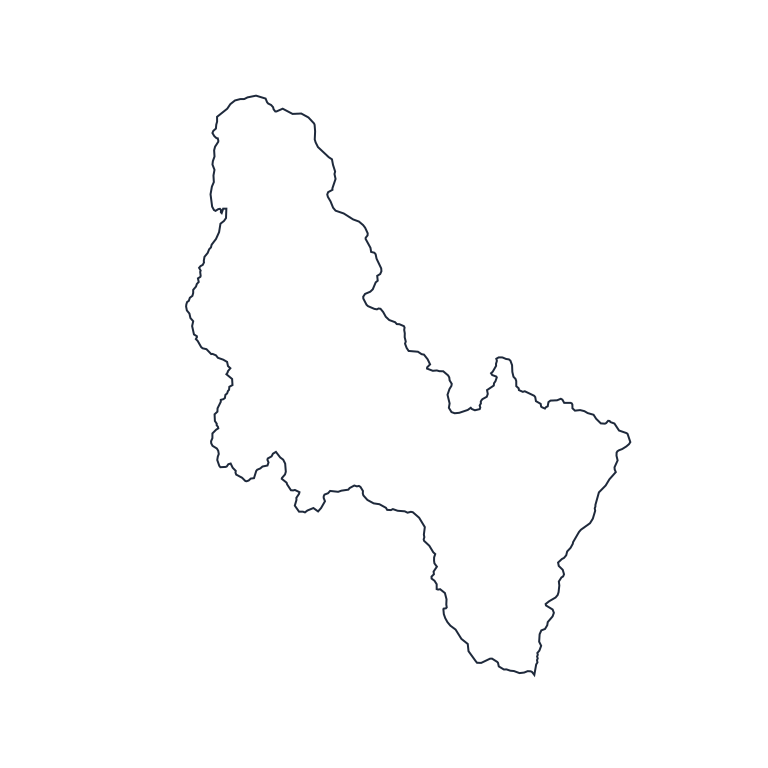 Urubamba, Cusco, Peru, rotated 215°
{"feature_id": "86281439B1367773994122", "entity_name": "Urubamba", "entity_type": "district", "adm_level": 2, "iso_a3": "PER", "parent_name": "Peru", "parent_adm1": "Cusco", "projection": "mercator", "projection_center": [-72.303, -13.268], "detail": "fine", "context": "isolated", "style": "outline", "palette": "slate", "viewbox_px": 768, "rotation_deg": 215, "n_neighbors": 0, "source": "geoboundaries", "source_scale": "gbopen_adm2", "svg_char_len": 6137}
<svg xmlns="http://www.w3.org/2000/svg" viewBox="0 0 768 768"><g transform="rotate(215 384 384)"><path d="M644.7,549.9L654.2,546.8L660.2,540.5L661.9,537.3L665.2,534.9L668.7,530.8L670.4,525.1L670.3,519.6L674.0,507.1L671.2,503.2L670.2,500.3L668.2,496.8L669.0,493.5L668.5,491.2L665.2,489.7L662.2,489.3L661.1,489.9L659.2,488.2L658.7,487.3L658.5,481.5L657.2,478.0L653.3,473.1L652.0,468.4L650.4,465.4L645.7,462.2L643.3,457.0L639.2,451.8L638.2,447.0L634.9,439.9L626.5,430.7L623.1,429.0L621.3,429.2L620.1,432.1L618.9,433.4L617.4,433.1L616.1,431.1L615.0,430.9L616.3,435.4L613.7,437.2L608.6,429.3L608.6,425.8L609.9,421.5L606.2,413.8L604.8,406.4L605.1,399.3L604.1,396.6L604.5,394.1L603.6,390.2L604.0,385.2L602.2,381.4L601.2,380.4L600.8,377.6L601.9,375.4L602.1,373.1L599.2,371.7L598.9,370.4L596.2,367.4L595.9,366.4L597.0,363.8L594.3,361.3L594.7,358.6L593.9,356.0L594.3,351.7L592.5,349.1L591.5,346.3L592.5,343.3L591.6,340.2L592.3,338.2L591.6,335.9L590.6,334.0L587.7,331.2L583.8,330.1L580.4,327.0L576.3,326.0L574.4,321.4L568.1,315.6L564.7,315.8L564.1,315.1L563.9,312.9L561.3,312.4L555.0,309.4L553.1,309.2L549.4,310.7L542.7,309.4L541.7,310.3L538.1,311.1L535.1,310.2L529.7,311.7L525.2,312.1L522.1,309.2L518.9,308.8L519.2,304.8L518.7,303.8L518.7,301.6L511.3,301.0L507.5,296.2L509.1,293.0L507.6,290.4L507.8,288.7L507.1,286.3L507.7,284.2L506.3,281.2L506.9,279.4L508.6,277.4L507.5,275.8L506.4,268.6L504.6,265.8L505.4,262.0L501.3,256.7L498.2,255.5L497.5,254.3L495.5,253.7L494.3,252.6L495.3,250.3L496.2,245.1L493.5,241.2L492.8,237.9L491.5,236.3L489.0,235.0L483.9,235.3L481.5,234.2L479.2,231.9L478.5,229.2L477.0,226.1L472.0,222.5L470.3,222.0L466.1,225.3L465.5,226.3L465.5,229.0L464.0,230.9L459.9,228.6L455.6,227.8L454.8,226.2L453.1,225.0L446.4,225.8L441.9,225.0L440.8,225.5L439.5,227.3L438.9,230.1L436.5,232.3L438.8,239.5L438.7,241.0L436.9,243.9L436.2,246.7L432.7,250.4L433.6,253.5L436.0,255.0L436.5,256.3L434.6,260.2L435.0,263.2L433.6,266.4L426.9,264.3L423.2,264.2L419.3,262.1L414.1,255.8L413.2,253.1L413.7,248.6L413.4,247.7L407.2,247.3L405.8,246.2L399.3,243.6L397.4,244.7L396.2,246.1L391.2,246.9L390.6,245.3L390.5,240.5L389.2,238.8L387.3,233.2L380.4,230.7L377.2,232.9L375.1,233.5L374.2,236.4L370.7,241.9L364.9,241.8L364.4,246.3L365.1,254.1L368.1,256.1L369.0,257.5L369.3,259.3L367.2,262.4L366.8,265.5L359.7,269.4L357.7,272.2L352.6,277.0L352.5,279.0L350.1,283.8L347.5,284.6L346.1,286.1L344.3,286.2L339.9,284.3L338.6,282.2L337.0,280.9L331.1,279.5L324.0,280.3L318.8,282.9L311.4,283.7L309.2,282.7L306.0,284.7L305.0,286.6L300.1,288.0L294.0,291.6L290.9,292.1L288.7,294.7L286.9,295.5L278.5,294.6L268.5,290.2L264.9,283.4L263.1,281.7L262.4,279.5L261.2,278.5L254.1,277.5L247.1,274.4L244.5,274.1L243.5,270.7L241.6,267.9L239.8,266.0L235.9,264.7L235.8,258.8L234.0,256.8L234.6,253.5L233.4,251.9L229.8,251.8L226.0,250.2L223.2,246.2L221.8,246.6L220.3,248.1L214.2,247.7L209.3,243.5L206.5,239.1L204.5,237.0L204.6,235.8L206.3,234.2L206.2,233.6L203.0,229.8L199.5,227.3L195.4,225.3L191.0,224.1L184.5,223.9L174.4,219.6L166.3,219.1L161.5,213.6L150.0,209.6L147.9,209.0L144.4,211.3L139.6,219.8L138.0,221.0L131.8,221.3L130.7,221.0L128.0,218.5L122.1,218.9L119.9,220.5L116.1,221.6L112.9,223.4L107.2,224.9L103.7,228.0L101.6,231.2L99.0,232.8L97.5,233.0L94.0,231.9L98.5,241.6L98.6,243.9L100.3,245.6L100.7,247.4L102.3,248.6L102.7,250.4L104.1,251.6L103.8,254.7L105.1,259.7L109.1,261.9L113.0,268.3L113.8,272.4L111.6,275.7L111.9,280.0L113.3,282.9L112.6,290.3L113.6,294.0L116.5,296.0L124.3,295.5L125.4,296.5L124.1,300.8L121.0,307.5L120.7,310.7L121.6,313.6L124.8,319.5L127.5,322.5L127.7,327.3L126.9,329.1L127.4,331.4L131.0,334.3L136.5,335.2L139.0,337.6L137.9,342.6L136.8,344.8L136.5,348.2L137.9,351.9L137.2,356.8L137.7,361.4L138.4,362.9L139.4,374.6L139.1,377.6L135.4,388.1L135.7,393.5L138.3,401.3L140.1,403.1L140.5,404.8L141.5,406.3L145.8,418.5L144.2,428.0L144.7,435.2L143.6,444.8L146.0,446.3L147.4,448.0L148.8,455.4L152.4,458.6L154.1,461.2L154.2,462.8L153.5,464.5L151.6,467.3L149.7,471.8L148.8,475.2L148.9,477.7L155.8,482.8L157.1,482.9L164.8,480.7L172.6,483.8L176.6,482.7L178.0,483.1L179.3,482.4L179.6,479.4L180.3,478.2L183.8,476.1L190.3,477.2L194.7,479.0L200.5,477.0L204.3,476.7L208.4,475.1L212.3,471.7L215.7,472.2L217.9,475.2L219.1,475.8L220.3,475.6L225.6,471.9L228.9,473.5L230.7,473.3L232.9,469.9L238.1,465.9L238.9,463.5L237.1,459.6L238.1,457.7L238.1,456.2L241.0,455.6L242.3,455.6L244.3,457.6L249.7,457.1L252.6,460.0L254.2,460.5L264.5,458.8L265.8,457.2L270.0,456.4L271.2,457.7L274.4,458.1L277.4,462.3L279.2,463.6L282.1,464.2L285.8,467.5L289.9,472.9L293.8,475.6L295.8,475.8L298.4,474.5L302.2,473.7L305.3,471.6L306.5,469.1L304.8,467.7L303.8,464.7L302.6,463.2L302.0,456.4L302.5,454.2L300.5,453.4L296.3,454.5L295.4,454.1L294.3,450.2L294.3,447.7L293.2,445.7L296.1,438.1L293.3,435.4L292.5,432.5L294.7,428.0L294.8,426.3L294.6,425.0L293.5,423.7L293.3,421.3L291.6,419.9L291.2,418.3L294.5,414.6L297.7,413.9L299.3,414.3L300.5,410.8L305.8,403.6L309.3,400.6L312.6,399.7L317.2,401.7L319.1,405.7L325.8,411.6L327.5,417.5L327.7,421.1L328.6,423.0L332.3,424.6L334.3,426.8L336.4,427.8L342.8,428.4L345.9,426.3L348.5,425.4L351.6,422.8L357.6,421.3L358.2,422.4L357.5,426.5L362.5,429.3L368.1,431.0L370.3,430.0L374.7,429.9L382.8,425.2L386.1,426.5L389.9,429.1L390.5,431.2L393.9,434.2L396.1,437.5L398.5,439.9L399.5,442.0L400.9,442.8L405.7,441.8L407.9,440.4L410.3,441.0L416.4,439.4L421.1,440.1L426.0,442.5L430.0,443.6L431.8,442.7L432.6,441.1L435.0,440.0L441.8,438.6L443.8,438.9L449.9,442.1L451.1,443.6L451.2,446.9L448.2,451.7L447.5,455.1L449.1,462.5L448.4,465.0L451.6,468.7L450.2,471.9L450.8,474.9L452.6,477.1L462.0,482.4L465.3,485.5L467.2,486.0L470.3,484.8L473.2,487.8L482.3,492.3L482.9,493.3L482.7,496.3L483.8,498.1L489.1,501.2L492.3,502.2L497.7,502.7L503.7,501.1L514.8,500.6L523.1,498.2L526.8,499.2L532.5,502.9L537.3,505.1L539.2,506.7L539.8,509.1L537.6,513.5L538.5,514.7L541.3,524.2L545.0,527.6L545.9,530.0L551.5,534.3L555.5,538.2L559.4,538.1L574.0,540.2L578.6,542.7L581.0,544.6L585.3,551.4L589.5,556.5L590.7,557.3L598.8,559.0L606.9,558.1L613.8,552.8L624.9,551.4L628.4,545.6L629.4,544.9L632.0,545.7L633.6,547.1L636.5,547.8L639.8,547.3L641.5,547.8L644.7,549.9Z" fill="none" stroke="#1e293b" stroke-width="2"/></g></svg>